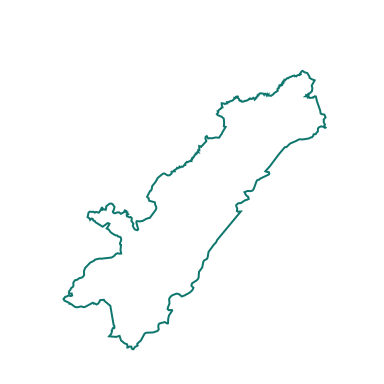 Puebloviejo, Los Rios, Ecuador (Natural Earth projection), rotated 40°
{"feature_id": "8360857B21283646614979", "entity_name": "Puebloviejo", "entity_type": "district", "adm_level": 2, "iso_a3": "ECU", "parent_name": "Ecuador", "parent_adm1": "Los Rios", "projection": "natural_earth1", "projection_center": [-79.56, -1.537], "detail": "fine", "context": "isolated", "style": "outline", "palette": "teal", "viewbox_px": 384, "rotation_deg": 40, "n_neighbors": 0, "source": "geoboundaries", "source_scale": "gbopen_adm2", "svg_char_len": 6015}
<svg xmlns="http://www.w3.org/2000/svg" viewBox="0 0 384 384"><g transform="rotate(40 192 192)"><path d="M162.2,355.1L162.6,355.6L162.4,356.6L164.1,357.2L169.5,355.8L170.0,356.4L171.6,355.5L175.7,355.3L177.2,354.8L178.3,354.0L180.6,350.9L183.1,349.8L183.9,348.8L187.2,340.6L188.5,340.7L188.8,340.0L191.2,339.5L191.8,337.9L191.7,335.4L191.1,334.4L191.3,333.6L193.8,331.2L194.8,331.7L202.6,331.7L217.4,344.2L218.2,344.3L219.4,345.3L219.9,346.2L218.9,346.8L218.9,347.6L219.5,348.7L219.6,349.9L220.2,350.1L221.3,352.5L221.3,355.8L227.0,351.8L229.0,348.8L233.0,351.3L237.5,351.3L240.2,350.4L241.5,351.4L242.4,352.7L242.8,352.4L243.5,350.6L244.9,349.4L246.6,350.7L247.8,350.5L248.2,350.0L247.9,347.4L249.1,344.6L247.9,343.9L247.6,343.2L248.3,338.7L246.7,330.9L247.5,329.1L252.5,324.6L254.9,320.6L254.8,318.6L252.6,316.7L251.5,314.8L251.6,313.6L254.8,309.1L257.5,308.7L258.0,308.0L255.2,304.3L253.7,301.3L253.1,295.7L252.3,295.3L250.3,297.4L248.6,297.4L247.7,295.8L246.5,292.0L243.4,288.8L243.0,287.7L242.9,285.6L243.3,283.7L245.5,279.8L247.5,278.6L251.3,278.6L252.7,276.2L254.8,270.9L255.3,268.1L255.2,266.0L254.6,264.4L252.1,264.3L251.5,263.8L250.9,262.4L250.8,261.6L252.4,256.7L252.5,254.6L252.0,253.2L248.7,248.7L248.3,243.2L245.4,237.9L245.4,236.2L246.4,234.0L246.2,232.4L243.2,227.3L242.6,218.8L242.8,215.2L242.1,212.5L241.9,175.6L239.7,177.6L238.7,177.8L237.2,175.5L235.1,174.5L234.2,173.5L234.7,170.9L236.6,169.0L237.9,164.4L239.3,162.3L239.9,160.8L237.9,159.5L237.3,159.8L235.1,159.6L232.3,158.4L233.9,155.5L236.5,153.5L237.4,152.0L237.3,149.9L234.5,142.3L234.4,140.9L235.6,139.1L235.5,138.2L239.6,129.2L239.4,128.2L238.0,127.4L236.7,128.4L234.9,129.0L235.1,122.5L234.3,107.6L234.3,98.3L234.6,97.6L235.5,96.9L236.0,91.8L238.8,86.3L240.2,82.8L243.3,80.3L247.1,75.9L247.9,73.9L248.8,72.8L248.7,71.0L248.1,69.6L249.6,68.1L249.3,66.7L249.5,64.8L247.7,62.4L247.6,61.1L248.7,58.7L251.4,57.4L252.6,57.4L252.9,56.8L250.8,56.5L250.5,54.9L248.0,53.9L247.4,52.8L246.4,52.1L246.3,48.9L243.6,47.6L241.1,49.1L240.0,49.1L237.7,47.1L229.6,42.3L225.6,39.3L224.6,39.6L224.2,41.6L223.8,41.6L223.7,42.3L221.6,44.3L220.7,44.1L220.3,44.8L219.7,43.9L219.5,44.9L218.9,44.6L217.5,45.7L217.7,44.9L217.3,44.5L218.0,44.3L217.8,43.6L218.2,42.9L217.9,41.8L218.7,41.1L219.1,37.7L217.5,35.1L215.3,33.5L214.2,27.6L211.7,28.5L208.7,29.0L207.6,28.0L203.8,26.8L201.4,27.9L198.9,28.1L198.6,28.5L198.5,30.6L198.7,31.4L199.4,31.8L198.9,32.2L199.4,32.7L199.1,33.5L198.5,33.7L197.7,35.0L197.6,36.3L196.9,36.5L196.3,37.3L195.6,37.0L194.9,37.8L192.7,42.0L192.6,43.0L191.8,43.5L191.4,46.4L190.7,46.7L191.3,47.4L190.7,48.3L190.9,50.2L191.1,50.5L191.8,50.1L191.4,51.8L192.1,51.6L192.3,52.1L191.7,52.5L191.7,53.2L191.0,53.1L190.4,54.1L191.3,55.1L191.0,56.0L191.8,56.9L191.2,57.8L192.0,59.1L192.6,59.4L191.4,63.4L191.4,65.0L190.8,67.4L188.5,69.0L187.9,68.1L187.7,69.0L186.8,68.7L187.1,69.7L186.4,69.3L185.5,70.1L185.0,69.7L184.5,70.3L184.7,71.1L183.6,70.7L180.7,72.6L180.3,74.7L180.7,75.1L180.1,75.7L180.7,76.3L180.4,77.6L180.8,78.1L180.4,78.7L180.8,79.3L180.6,81.0L179.2,80.3L178.4,80.4L178.2,81.8L177.6,82.7L176.6,82.9L176.4,83.8L176.0,83.7L175.6,86.0L174.4,87.9L173.8,88.2L173.4,89.6L171.8,90.9L170.9,90.5L170.4,91.2L169.4,91.4L168.9,90.8L167.5,90.4L166.2,90.7L165.9,89.5L165.4,89.5L164.4,91.0L165.0,91.6L164.8,92.7L164.0,92.9L164.5,93.6L164.3,95.8L162.6,98.5L162.6,99.3L161.2,100.5L162.0,100.9L162.1,101.5L160.8,102.8L160.6,103.5L159.8,103.6L157.7,104.9L158.6,106.0L161.0,107.6L160.3,108.6L160.6,109.2L159.9,111.7L160.2,112.8L159.7,113.6L161.0,114.3L160.9,116.3L162.3,116.6L166.3,115.3L169.1,115.3L172.2,118.4L174.2,121.2L175.9,120.5L176.9,126.7L177.5,128.5L177.4,129.6L177.9,132.9L174.9,135.2L172.8,138.0L170.9,139.4L170.0,140.6L167.4,139.7L167.0,140.9L167.9,142.4L170.3,143.8L170.0,150.6L169.5,151.1L169.8,151.5L168.0,152.2L170.8,155.3L170.4,155.6L170.5,156.3L170.1,156.3L170.8,157.4L171.2,157.5L170.6,157.8L170.8,158.9L170.4,159.0L170.8,159.9L170.4,160.2L170.8,160.4L170.3,162.4L170.9,163.6L170.3,165.4L170.9,165.8L170.6,166.5L171.2,167.1L170.8,167.6L170.9,168.4L171.6,168.8L170.3,169.9L169.3,172.3L168.7,172.3L168.5,174.6L169.5,175.6L168.7,176.2L168.9,177.0L168.7,178.6L167.5,179.4L167.5,180.2L167.1,180.7L166.1,180.7L166.4,181.8L166.0,182.9L165.0,183.1L165.2,184.6L164.4,186.9L165.4,187.3L163.3,189.6L164.5,191.0L164.0,193.8L162.5,195.0L158.8,195.6L157.9,196.8L156.7,203.3L157.6,207.6L157.7,213.0L159.4,215.9L159.7,217.3L159.2,218.2L160.7,224.6L163.0,224.7L163.8,225.7L165.0,226.2L170.0,223.8L172.5,225.7L174.1,226.4L175.1,227.4L175.7,228.9L176.3,239.0L174.5,241.3L172.7,246.0L170.9,248.1L168.5,249.7L168.4,250.2L168.8,251.0L174.8,255.2L174.7,256.4L172.5,257.4L170.6,257.0L168.3,255.9L167.6,254.0L164.1,253.1L163.6,251.9L162.4,250.6L161.0,250.7L160.3,251.6L157.7,252.4L156.7,251.5L157.4,250.1L156.4,250.0L155.8,249.3L155.1,250.0L154.5,249.9L154.1,248.8L152.4,249.2L152.8,251.3L151.6,254.4L149.3,254.4L147.8,255.7L146.7,257.8L145.8,258.3L144.4,258.3L143.8,257.6L143.9,256.7L142.3,253.3L139.3,252.4L137.7,252.6L136.4,254.0L135.6,257.5L135.6,258.3L136.7,259.6L137.3,261.2L135.4,261.9L134.7,263.5L134.1,263.3L133.6,261.9L133.2,261.8L133.0,262.2L133.6,264.4L133.9,267.7L131.2,269.0L130.8,270.3L129.1,270.5L128.2,271.6L127.0,272.2L126.4,272.7L126.0,274.3L128.2,278.4L130.4,278.1L131.9,278.9L132.1,277.0L133.1,276.4L134.9,277.3L136.1,276.7L137.5,277.2L145.9,276.0L147.4,270.0L149.1,269.3L149.8,271.6L150.1,274.8L152.3,274.3L155.4,275.1L157.4,275.0L161.2,274.4L162.6,273.4L164.1,273.6L165.6,272.7L166.7,272.7L168.6,274.1L169.8,277.6L170.8,278.4L171.6,278.1L174.6,282.5L177.3,284.6L176.5,285.6L174.3,286.8L173.5,288.7L173.4,291.4L172.5,293.9L165.1,301.7L164.2,302.1L162.2,304.7L161.1,306.4L161.2,307.5L159.4,311.6L159.0,318.9L160.1,322.1L162.7,324.9L163.0,326.7L162.6,328.4L161.0,330.5L160.6,332.7L159.1,334.8L159.3,337.4L159.6,338.1L161.1,339.5L161.7,341.0L161.2,343.5L161.7,345.1L161.6,346.7L162.4,348.3L163.2,348.8L165.0,347.1L166.7,348.3L166.0,349.7L163.8,350.7L163.3,352.4L162.3,353.7L162.2,355.1Z" fill="none" stroke="#0f766e" stroke-width="2"/></g></svg>